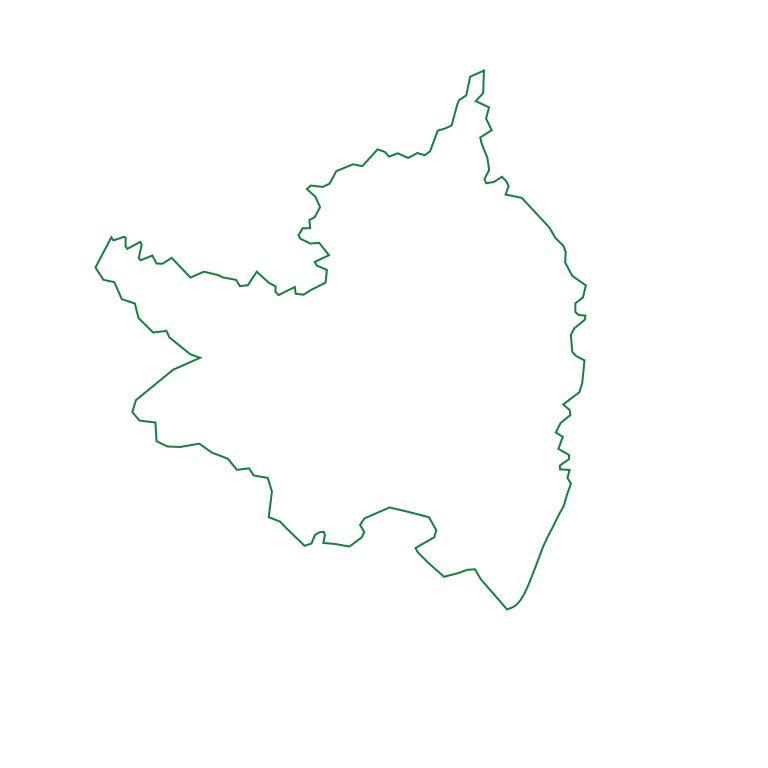 Lorenzo Geyres, Paysandú, Uruguay, rotated 242°
{"feature_id": "84410073B97656346640878", "entity_name": "Lorenzo Geyres", "entity_type": "district", "adm_level": 2, "iso_a3": "URY", "parent_name": "Uruguay", "parent_adm1": "Paysandú", "projection": "orthographic", "projection_center": [-57.922, -32.146], "detail": "fine", "context": "isolated", "style": "outline", "palette": "green", "viewbox_px": 768, "rotation_deg": 242, "n_neighbors": 0, "source": "geoboundaries", "source_scale": "gbopen_adm2", "svg_char_len": 2602}
<svg xmlns="http://www.w3.org/2000/svg" viewBox="0 0 768 768"><g transform="rotate(242 384 384)"><path d="M593.6,412.5L592.3,407.4L581.9,411.3L570.2,410.6L563.8,401.1L563.9,395.2L556.3,391.9L559.7,385.1L555.4,378.3L551.5,378.4L542.5,385.0L539.2,393.0L523.5,395.9L523.9,389.5L524.3,380.1L520.3,380.2L511.5,387.1L500.9,380.0L501.3,363.2L500.6,354.9L505.2,348.4L511.5,350.8L512.0,332.6L516.5,331.4L521.1,334.2L527.3,329.9L542.9,324.4L535.1,310.1L538.1,302.7L545.4,302.3L553.9,291.6L557.9,288.8L567.7,277.8L568.8,263.1L595.1,255.7L594.2,244.9L597.2,239.7L606.2,239.8L607.5,227.1L610.4,226.7L620.9,235.5L623.9,235.5L623.8,220.8L627.0,220.5L634.5,224.6L636.0,223.6L637.8,212.5L641.5,212.1L622.3,183.9L607.7,185.2L600.5,193.7L582.0,192.3L572.0,201.8L557.5,198.2L537.9,204.3L533.0,216.8L525.9,216.4L501.4,226.8L493.5,233.9L495.6,204.4L486.2,157.4L477.4,148.6L466.5,150.9L457.3,164.1L440.3,156.3L430.4,163.6L424.0,174.6L418.1,192.8L404.3,199.8L391.3,211.0L377.2,213.9L372.9,225.3L364.4,226.0L355.6,237.3L341.7,234.6L320.5,219.7L311.2,227.7L304.1,229.6L278.5,237.9L277.2,245.1L283.1,252.2L283.4,257.2L281.7,261.4L278.2,260.8L272.1,255.8L265.8,265.6L256.7,277.2L258.9,291.9L262.5,297.1L270.8,296.7L274.5,303.7L272.4,330.9L258.3,347.0L245.2,361.2L230.3,361.5L225.1,356.4L224.4,334.8L219.6,334.8L205.4,339.1L185.6,346.5L182.1,361.2L180.9,370.1L177.7,377.4L166.3,377.8L127.3,386.8L126.6,390.8L126.5,393.3L126.7,396.4L127.7,399.8L129.1,403.0L132.3,408.5L135.2,412.4L137.4,415.4L141.8,420.8L146.0,425.6L150.9,431.4L158.8,440.3L165.8,448.2L170.7,454.8L171.6,455.9L175.4,461.4L178.0,465.3L182.8,471.9L187.6,478.7L191.8,485.3L194.4,487.9L199.8,493.0L202.6,496.0L203.5,497.1L208.3,502.3L214.9,501.9L221.0,507.5L226.0,499.4L229.5,501.0L230.8,512.3L234.6,514.0L244.8,507.5L253.4,517.1L260.5,512.9L266.6,521.5L269.1,534.0L273.7,535.7L281.8,532.7L283.1,540.5L285.0,552.6L291.5,559.3L310.7,572.1L318.5,566.8L324.0,565.3L339.6,572.1L343.8,578.1L346.5,591.6L349.8,593.9L353.7,588.2L357.8,586.8L365.4,590.8L367.0,600.3L376.3,608.5L391.1,601.0L406.2,601.0L415.4,606.5L421.7,607.3L432.4,603.9L444.4,603.5L483.7,593.0L494.2,580.3L500.3,587.0L505.7,587.1L511.6,585.4L510.8,575.7L513.3,568.5L517.7,568.8L523.6,577.4L535.4,581.5L550.7,583.1L556.5,584.7L557.5,598.3L570.4,598.7L578.9,606.6L590.7,597.8L594.3,608.1L613.8,619.4L614.9,604.4L600.3,592.2L599.3,583.3L596.2,579.7L580.5,565.0L580.9,558.1L582.5,550.4L567.8,533.9L566.8,527.5L572.3,521.8L572.3,511.4L581.2,504.5L582.4,495.2L588.7,493.6L594.2,488.4L586.5,467.2L592.5,459.9L594.4,441.9L586.4,429.9L586.8,422.4L593.6,412.5Z" fill="none" stroke="#15803d" stroke-width="2"/></g></svg>